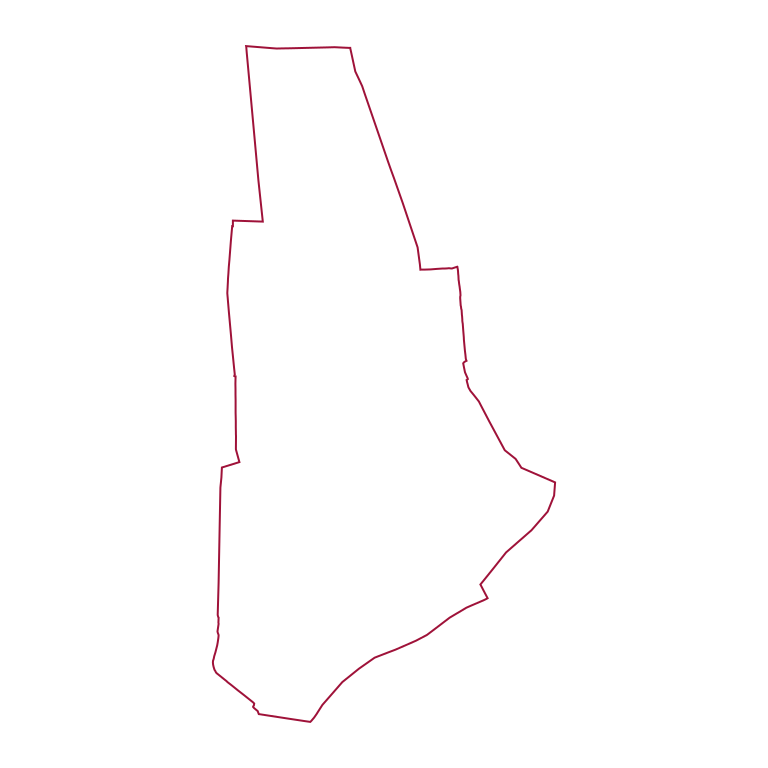 outline of Dichiseni, Calarasi, Romania
{"feature_id": "2599482B41972871086325", "entity_name": "Dichiseni", "entity_type": "district", "adm_level": 2, "iso_a3": "ROU", "parent_name": "Romania", "parent_adm1": "Calarasi", "projection": "natural_earth1", "projection_center": [27.525, 44.237], "detail": "fine", "context": "isolated", "style": "outline", "palette": "rose", "viewbox_px": 768, "rotation_deg": 0, "n_neighbors": 0, "source": "geoboundaries", "source_scale": "gbopen_adm2", "svg_char_len": 3368}
<svg xmlns="http://www.w3.org/2000/svg" viewBox="0 0 768 768"><path d="M350.2,47.9L349.5,47.9L342.7,47.6L334.6,47.2L327.4,47.4L310.2,47.8L293.7,48.2L288.8,48.3L282.5,48.4L277.7,48.5L276.3,48.5L271.0,48.1L246.1,46.1L246.3,47.3L246.7,52.3L249.6,83.9L251.8,108.0L254.0,132.0L258.4,180.3L262.8,221.6L232.9,220.6L232.9,226.2L232.2,226.1L230.9,240.8L229.4,260.2L228.8,266.9L228.4,273.5L228.0,278.7L227.9,281.7L227.7,285.4L227.6,287.6L227.4,291.0L227.3,293.2L227.5,295.6L227.7,297.8L228.0,301.7L228.2,304.0L228.9,312.2L231.0,335.4L232.0,347.2L233.2,359.0L234.1,368.1L234.5,371.8L234.8,374.7L234.4,375.4L234.3,376.1L235.2,376.5L235.6,376.5L235.5,379.1L235.4,383.8L235.5,389.0L235.5,394.6L235.6,399.8L235.6,404.6L235.6,409.0L235.6,412.9L235.7,416.5L235.8,421.1L235.8,427.3L235.9,432.1L235.9,433.9L236.0,436.3L235.9,449.1L236.0,449.8L239.4,462.1L221.9,467.5L221.4,477.6L220.4,487.6L219.6,529.6L218.6,582.9L217.7,615.0L218.2,617.0L218.6,617.6L218.4,622.7L218.6,623.8L217.5,631.4L217.6,632.0L217.9,633.1L218.5,634.7L218.6,635.7L218.3,638.4L217.7,642.5L217.2,645.3L215.4,652.4L214.2,656.3L213.7,658.8L213.0,660.9L212.9,662.6L213.1,664.6L213.6,666.9L214.5,669.8L215.4,671.2L216.0,672.5L216.9,673.4L223.6,678.8L226.5,681.1L227.6,682.2L231.0,684.8L238.2,690.6L243.1,694.4L247.5,697.9L253.0,702.3L254.2,703.5L254.0,704.8L254.0,705.1L253.2,706.5L253.1,706.9L254.1,708.1L257.7,711.1L258.7,713.9L258.8,714.1L290.1,718.9L305.4,721.2L310.3,721.9L311.3,720.9L314.1,717.6L317.1,713.3L317.1,713.2L322.4,704.9L330.8,695.3L342.3,682.1L358.7,668.9L358.8,668.8L374.6,657.7L377.9,656.4L388.5,652.3L395.4,649.7L416.0,640.7L427.0,634.9L431.1,631.8L435.2,628.7L449.6,617.7L466.4,607.7L471.4,605.5L484.2,600.0L486.8,598.7L487.6,598.2L485.0,593.3L480.9,585.4L480.4,584.5L485.1,578.7L493.3,568.5L506.1,552.4L518.8,541.3L531.5,530.2L539.6,520.9L547.7,511.6L550.9,503.6L554.1,495.6L554.6,489.0L555.1,482.4L521.4,467.8L518.5,463.3L515.6,458.9L504.8,450.3L489.2,421.3L481.1,405.8L478.9,401.5L473.8,395.0L470.5,391.0L468.5,387.5L468.2,386.5L468.1,386.1L467.7,384.4L467.2,382.6L466.6,380.0L467.2,379.6L467.8,379.1L467.7,378.8L467.7,378.4L466.3,375.3L465.0,372.3L464.0,367.4L463.2,363.3L463.6,362.8L463.9,362.4L464.3,362.1L464.6,361.8L465.5,361.3L466.5,360.8L466.1,359.8L465.8,358.7L465.4,354.6L464.9,350.5L464.4,345.1L463.9,339.7L463.8,337.3L463.6,334.8L463.4,332.4L463.2,329.9L463.1,328.5L462.9,325.8L462.8,324.6L462.8,324.4L462.8,324.1L462.6,322.9L462.4,321.6L462.3,320.5L462.3,319.3L462.2,317.9L462.1,316.4L461.9,314.8L461.8,313.1L461.7,311.5L461.6,310.0L461.4,309.3L461.2,308.7L461.1,307.7L461.0,306.8L460.9,306.2L460.7,305.6L460.2,298.4L460.2,298.0L460.2,297.5L460.2,296.9L460.3,296.3L460.4,295.8L460.5,295.3L460.4,293.7L460.3,292.0L460.1,290.5L459.9,289.1L459.6,286.7L459.2,284.2L459.0,282.6L458.8,280.9L458.7,280.7L458.7,280.3L458.6,279.9L458.5,277.8L458.4,275.7L458.2,274.1L458.1,272.5L458.0,270.9L457.8,269.3L457.6,268.4L457.5,267.6L457.4,267.2L457.4,266.8L457.3,266.7L454.6,267.6L451.9,268.5L450.4,268.4L449.0,268.2L447.2,268.4L445.4,268.5L444.2,268.5L443.1,268.5L436.9,268.9L430.7,269.4L427.6,269.5L424.5,269.6L422.9,269.6L421.3,269.6L420.4,269.7L419.9,264.4L419.2,259.3L417.6,247.4L410.2,225.3L402.8,203.2L398.4,190.7L394.0,178.2L391.0,170.0L388.1,161.8L377.7,131.5L364.7,93.7L362.2,86.2L358.8,78.9L355.3,71.5L351.5,53.9L350.2,48.0L350.2,47.9Z" fill="none" stroke="#9f1239" stroke-width="2"/></svg>